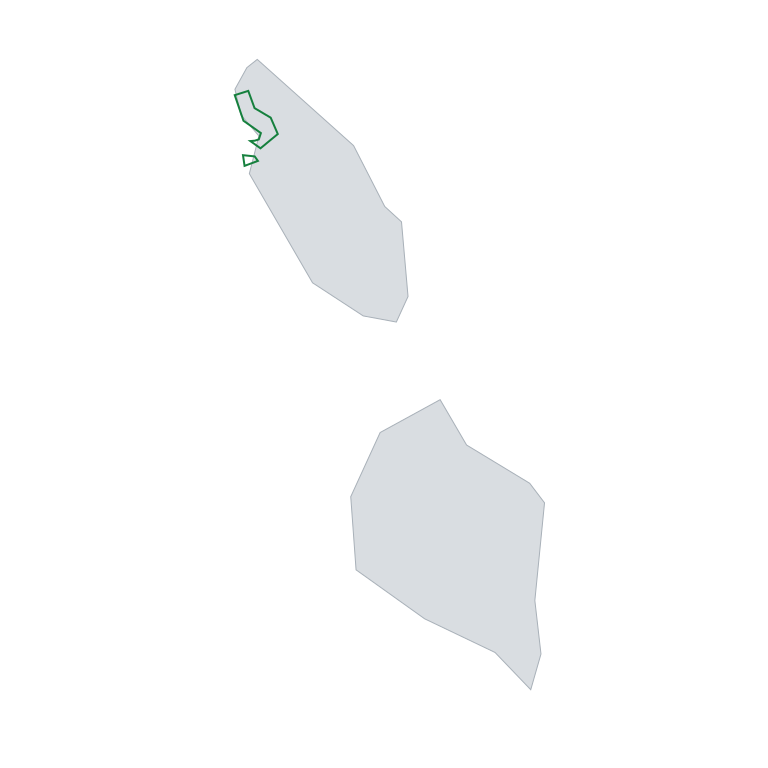 where Va'a-o-Fonoti sits in Samoa, rotated 222°
{"feature_id": "WSM-4988", "entity_name": "Va'a-o-Fonoti", "entity_type": "state/province", "adm_level": 1, "iso_a3": "WSM", "parent_name": "Samoa", "parent_adm1": "", "projection": "robinson", "projection_center": [-171.557, -13.938], "detail": "fine", "context": "in_parent", "style": "outline", "palette": "green", "viewbox_px": 768, "rotation_deg": 222, "n_neighbors": 0, "source": "natural_earth", "source_scale": "10m", "svg_char_len": 756}
<svg xmlns="http://www.w3.org/2000/svg" viewBox="0 0 768 768"><g transform="rotate(222 384 384)"><path d="M280.4,227.2L333.3,278.0L354.4,345.4L331.8,409.9L281.8,393.9L209.3,407.7L185.2,403.1L127.0,324.0L86.7,288.4L70.4,255.0L121.8,258.8L196.7,236.7L280.4,227.2ZM695.4,540.4L566.1,540.8L502.2,516.4L479.5,516.2L424.7,465.1L416.3,438.3L445.0,420.7L504.8,411.4L624.8,450.2L642.9,484.6L670.5,488.3L692.0,503.3L697.6,527.4L695.4,540.4Z" fill="#d9dde1" stroke="#a8b0b8" stroke-width="1"/><path d="M645.9,475.1L642.8,478.4L640.7,482.0L643.4,488.1L664.6,485.6L688.2,498.8L681.0,511.0L664.8,502.4L646.4,506.1L630.2,498.7L633.5,476.5L645.9,475.1ZM633.6,452.8L641.9,459.7L632.4,466.6L627.0,465.4L633.6,452.8Z" fill="none" stroke="#15803d" stroke-width="2"/></g></svg>